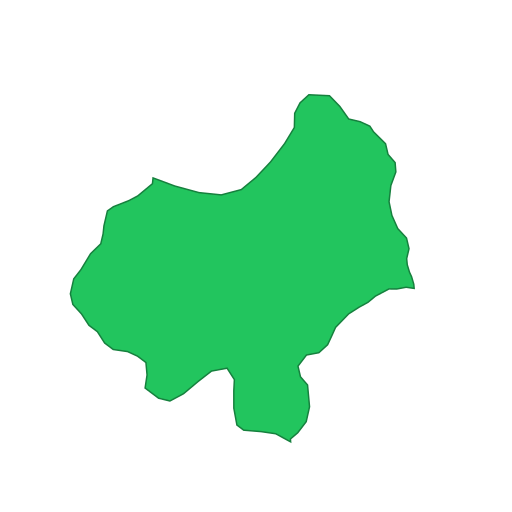 Jonchon, Chagang-do, North Korea, rotated 37°
{"feature_id": "82179303B33919717050875", "entity_name": "Jonchon", "entity_type": "district", "adm_level": 2, "iso_a3": "PRK", "parent_name": "North Korea", "parent_adm1": "Chagang-do", "projection": "albers", "projection_center": [126.339, 40.546], "detail": "fine", "context": "isolated", "style": "filled", "palette": "green", "viewbox_px": 512, "rotation_deg": 37, "n_neighbors": 0, "source": "geoboundaries", "source_scale": "gbopen_adm2", "svg_char_len": 1275}
<svg xmlns="http://www.w3.org/2000/svg" viewBox="0 0 512 512"><g transform="rotate(37 256 256)"><path d="M310.9,97.7L300.3,95.4L291.9,88.4L275.1,86.1L268.8,83.8L258.2,86.1L247.6,90.8L232.9,86.1L218.2,83.8L201.2,95.4L199.0,107.1L201.0,118.7L209.3,130.3L211.2,149.0L211.0,172.2L208.7,193.2L204.3,211.8L191.5,228.1L172.3,239.7L149.0,249.0L126.8,255.6L129.8,260.6L125.4,279.2L121.0,288.5L112.4,302.5L111.9,304.2L110.2,309.4L116.4,323.4L120.6,330.4L124.7,339.7L122.5,353.7L124.4,372.3L124.2,383.9L130.5,397.9L138.9,404.9L151.6,407.3L164.3,411.9L174.9,411.9L187.5,416.6L198.2,416.6L211.0,409.6L221.6,407.3L232.2,407.3L240.6,416.6L246.9,428.2L255.3,428.2L263.8,428.2L274.5,423.6L281.0,409.6L285.3,391.0L289.7,374.7L300.4,363.0L313.1,367.7L319.4,377.0L329.9,390.9L342.5,402.5L351.0,402.5L365.9,393.1L378.7,386.1L395.5,383.6L393.6,381.4L395.7,372.1L395.8,358.1L389.5,344.2L374.8,328.0L364.2,325.7L355.8,318.7L355.9,304.7L364.4,295.4L366.6,283.8L364.6,274.4L362.5,265.1L364.8,246.5L369.1,234.9L373.3,225.6L375.5,216.2L382.0,202.3L388.3,197.6L394.7,190.6L401.8,186.7L399.0,183.6L392.7,178.9L388.4,176.6L382.1,172.0L377.9,167.4L373.8,158.1L365.4,151.1L352.7,148.8L340.1,141.8L329.6,132.6L321.3,118.6L317.1,104.7L310.9,97.7Z" fill="#22c55e" stroke="#15803d" stroke-width="1.5"/></g></svg>